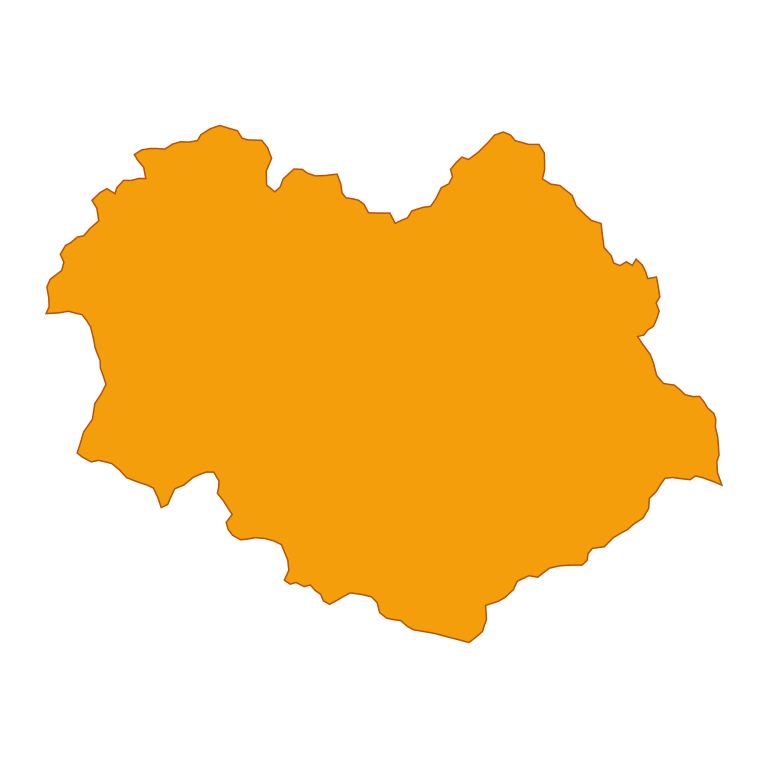 Guareí, São Paulo, Brazil (orthographic projection)
{"feature_id": "56859067B44284310246049", "entity_name": "Guareí", "entity_type": "district", "adm_level": 2, "iso_a3": "BRA", "parent_name": "Brazil", "parent_adm1": "São Paulo", "projection": "orthographic", "projection_center": [-48.224, -23.376], "detail": "fine", "context": "isolated", "style": "filled", "palette": "amber", "viewbox_px": 768, "rotation_deg": 0, "n_neighbors": 0, "source": "geoboundaries", "source_scale": "gbopen_adm2", "svg_char_len": 3206}
<svg xmlns="http://www.w3.org/2000/svg" viewBox="0 0 768 768"><path d="M433.5,633.2L469.0,642.5L476.6,636.6L482.5,631.4L484.4,625.3L486.5,619.4L485.6,605.4L497.9,601.4L504.7,597.7L513.3,589.8L517.3,581.2L529.0,575.7L537.8,577.2L542.6,573.3L549.4,568.2L559.7,565.8L571.3,565.1L582.1,565.1L587.1,560.3L588.1,553.5L592.4,548.4L604.4,546.7L613.2,537.7L621.3,532.9L627.6,529.5L633.5,524.2L643.1,518.0L648.7,508.4L649.3,498.4L655.9,492.0L661.0,483.8L665.0,478.2L672.8,477.5L680.4,478.6L690.1,479.7L695.5,475.9L702.7,477.7L713.7,481.7L721.9,485.2L717.5,472.9L716.8,461.5L719.0,455.4L718.4,445.5L717.6,436.6L715.4,427.3L715.8,419.4L713.8,413.5L707.6,408.0L704.0,402.0L699.6,396.4L693.1,396.6L685.2,394.8L679.3,389.2L674.3,385.1L663.5,383.5L656.7,375.6L653.3,362.5L650.3,354.6L642.0,343.3L637.6,336.5L643.8,335.1L647.6,330.1L653.5,326.2L656.5,319.4L659.2,311.1L656.1,303.0L659.8,296.9L658.3,287.1L656.5,277.0L647.7,278.6L645.7,271.8L642.3,265.0L636.1,259.1L632.3,265.4L626.3,261.8L620.0,265.6L613.7,263.0L611.2,255.7L604.0,247.5L602.4,235.1L601.1,223.5L591.2,220.4L585.2,214.9L576.3,206.0L572.2,195.4L559.9,185.5L550.6,184.1L542.4,178.9L544.6,169.7L544.6,161.9L544.3,153.0L538.9,144.4L528.6,144.4L515.1,140.6L510.6,135.1L503.4,132.0L494.5,135.1L488.0,142.6L478.2,152.3L468.5,159.5L461.9,157.1L456.3,162.4L450.5,169.4L452.5,176.6L448.9,183.8L441.2,187.8L436.1,198.4L430.7,206.3L422.8,207.4L411.9,210.8L407.5,217.9L401.5,220.3L395.1,223.4L389.9,213.1L378.6,213.1L368.5,212.8L364.0,204.3L358.5,200.2L352.7,198.8L345.9,197.8L342.1,193.0L340.7,183.8L337.1,174.1L325.7,175.5L315.4,175.9L307.2,173.1L302.4,169.4L294.0,169.0L283.3,178.8L280.1,187.1L274.8,191.9L266.6,185.1L266.2,171.0L271.6,158.4L267.6,147.8L261.8,140.3L247.7,139.9L242.1,138.2L237.4,130.7L230.2,128.7L219.8,125.5L210.3,128.7L200.8,134.8L197.5,140.6L188.5,142.1L180.8,141.7L172.6,144.1L164.8,149.1L156.6,148.5L150.2,148.5L141.5,150.0L134.3,154.6L137.7,160.2L143.7,167.4L145.8,178.6L138.9,178.4L131.5,180.4L123.6,180.4L116.9,187.6L115.0,193.7L107.0,188.7L100.3,192.4L92.0,200.3L96.8,208.2L98.8,220.8L90.2,228.3L83.7,235.8L77.4,237.0L70.7,242.7L65.5,245.5L60.3,254.3L63.9,262.2L61.7,270.5L50.1,279.4L46.9,286.9L48.8,297.8L49.1,306.8L46.1,313.6L58.9,312.9L68.4,311.2L75.6,313.2L82.1,314.6L86.5,320.4L90.7,327.0L93.9,340.4L95.1,347.6L97.3,353.6L100.1,360.5L100.4,368.0L103.2,375.8L106.0,384.4L101.1,394.0L94.8,403.6L93.8,410.5L92.4,419.3L83.6,432.0L80.4,443.1L77.2,453.0L82.4,457.1L91.2,461.9L98.6,460.4L105.5,461.9L111.9,463.6L119.9,470.3L126.6,477.6L133.8,480.5L140.8,483.0L147.0,485.0L153.4,488.1L157.8,497.4L161.2,507.6L167.7,504.5L170.5,497.7L174.7,488.8L183.9,485.0L193.1,477.4L200.1,474.3L206.1,472.1L213.7,472.1L219.0,480.9L218.7,487.1L217.4,493.5L223.1,500.3L227.8,507.9L232.2,514.5L226.2,522.3L228.1,529.4L232.6,535.3L240.7,539.8L247.3,539.1L255.4,537.7L264.8,538.5L273.7,540.9L281.4,544.6L284.4,551.7L287.8,560.2L288.8,570.2L284.4,580.2L290.2,584.2L296.0,582.5L304.1,586.6L310.4,585.0L314.8,590.1L320.7,594.5L323.5,601.0L329.6,604.3L335.8,601.0L342.7,596.9L350.2,592.9L361.9,594.5L371.6,596.9L377.2,602.7L379.6,612.6L386.7,618.2L394.5,619.8L400.6,620.5L407.7,626.6L413.7,629.8L433.5,633.2Z" fill="#f59e0b" stroke="#b45309" stroke-width="1.5"/></svg>